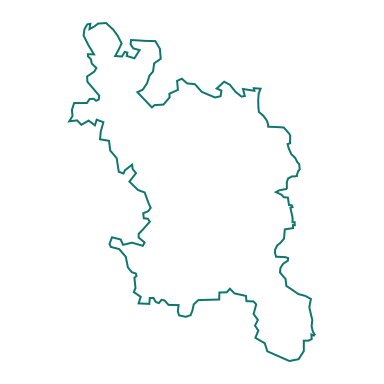 Chirakchi, Kashkadarya, Uzbekistan, rotated 90°
{"feature_id": "79887680B89374870504997", "entity_name": "Chirakchi", "entity_type": "district", "adm_level": 2, "iso_a3": "UZB", "parent_name": "Uzbekistan", "parent_adm1": "Kashkadarya", "projection": "albers", "projection_center": [66.298, 39.115], "detail": "fine", "context": "isolated", "style": "outline", "palette": "teal", "viewbox_px": 384, "rotation_deg": 90, "n_neighbors": 0, "source": "geoboundaries", "source_scale": "gbopen_adm2", "svg_char_len": 2965}
<svg xmlns="http://www.w3.org/2000/svg" viewBox="0 0 384 384"><g transform="rotate(90 192 192)"><path d="M88.7,123.4L88.2,130.2L90.8,129.6L89.0,141.0L96.0,139.2L96.6,142.5L91.8,148.5L84.8,154.1L81.7,159.8L88.5,167.3L90.6,162.6L96.2,163.4L97.5,168.9L91.9,182.2L84.2,189.1L83.4,196.9L78.7,202.2L80.9,206.9L89.9,206.1L93.7,214.6L97.4,214.4L104.6,220.6L105.1,229.4L107.4,232.1L92.2,246.6L89.6,241.2L83.4,237.0L75.5,234.5L71.6,231.0L63.3,229.8L58.8,223.3L48.8,224.1L41.1,228.7L40.9,238.5L40.0,252.9L44.3,253.4L48.4,250.7L50.1,244.4L58.3,249.6L55.9,257.3L52.6,256.6L51.9,259.3L56.5,262.0L56.0,268.8L50.1,265.6L43.5,262.4L35.8,266.3L29.5,270.9L23.0,277.9L23.6,286.0L26.5,289.7L29.1,294.5L23.8,293.7L24.4,296.8L29.3,299.6L35.6,300.4L45.3,295.5L54.4,290.0L54.2,296.1L56.2,296.1L59.3,293.1L63.6,292.2L68.0,287.6L71.6,289.7L76.5,296.9L81.8,296.6L95.6,284.8L99.5,285.2L100.8,287.9L98.8,290.3L99.0,294.3L103.0,297.1L103.1,309.9L110.0,312.1L116.0,311.5L121.3,314.7L120.4,306.9L124.8,302.6L120.6,295.4L125.3,289.1L119.7,287.3L122.2,280.6L131.4,283.2L139.3,284.0L140.8,275.0L150.5,273.8L158.2,267.3L168.2,265.8L171.8,265.2L173.5,260.5L170.3,259.1L164.7,251.9L169.1,251.3L173.1,248.0L181.6,254.6L190.0,246.0L192.5,239.3L203.1,235.5L207.8,233.3L211.1,235.7L213.3,240.8L218.3,240.2L218.7,236.2L221.7,234.2L229.2,240.8L233.8,245.3L237.5,245.4L242.5,239.4L245.8,241.2L242.7,251.9L244.8,261.0L239.5,263.3L237.3,272.0L243.9,274.5L246.9,273.2L249.1,264.8L256.8,258.2L267.4,256.1L272.2,252.2L273.5,248.2L275.9,247.5L277.8,249.6L288.1,248.5L292.1,250.2L296.8,243.3L303.4,245.4L303.9,234.7L298.0,234.2L298.0,230.5L302.0,228.2L303.1,225.2L299.8,222.4L300.5,219.4L304.9,215.5L305.1,205.4L311.4,206.2L315.4,204.9L316.8,198.2L315.2,193.4L310.9,191.7L304.3,190.2L300.1,185.7L299.5,164.8L292.5,164.6L292.3,157.2L288.7,154.1L293.4,149.5L295.9,138.1L301.2,137.5L301.4,130.5L304.4,127.8L314.0,130.4L320.0,126.1L325.6,129.0L330.6,125.7L337.8,128.6L343.3,119.2L351.3,116.7L361.0,94.7L359.2,85.4L351.1,80.2L340.7,80.2L340.7,75.7L339.1,72.3L334.5,72.6L335.6,70.2L334.5,69.3L331.8,71.1L326.4,72.4L320.0,71.7L314.3,73.1L307.2,74.7L299.0,73.1L295.9,78.7L294.0,85.8L289.8,91.8L285.9,97.7L279.1,98.4L277.0,100.2L272.5,104.0L268.1,103.6L264.5,101.4L262.8,99.6L260.8,96.2L258.1,95.9L257.2,98.3L256.8,105.2L256.8,107.9L252.9,109.0L249.7,108.9L245.3,106.7L243.0,103.7L238.6,100.0L229.4,99.2L228.1,91.0L225.1,91.0L225.2,89.2L222.2,89.4L222.2,91.5L218.6,91.4L216.3,91.7L210.6,93.0L207.7,93.6L207.1,91.5L205.3,92.3L205.0,95.0L197.6,96.1L197.2,100.3L194.8,102.3L192.1,108.0L190.4,104.9L189.8,102.2L189.0,97.7L188.1,97.1L182.5,97.2L180.5,96.6L178.4,95.9L177.8,94.7L176.4,92.0L176.4,89.3L175.9,86.9L174.4,86.9L171.2,85.9L169.4,84.3L164.1,84.8L162.3,86.6L157.8,88.9L154.2,92.7L148.3,95.3L144.1,96.4L143.3,94.0L135.6,93.8L133.8,94.7L127.5,100.2L127.1,106.2L126.7,115.8L123.7,116.1L120.5,117.2L115.7,120.7L112.0,125.1L107.3,125.6L100.2,125.8L93.4,125.3L88.7,123.4Z" fill="none" stroke="#0f766e" stroke-width="2"/></g></svg>